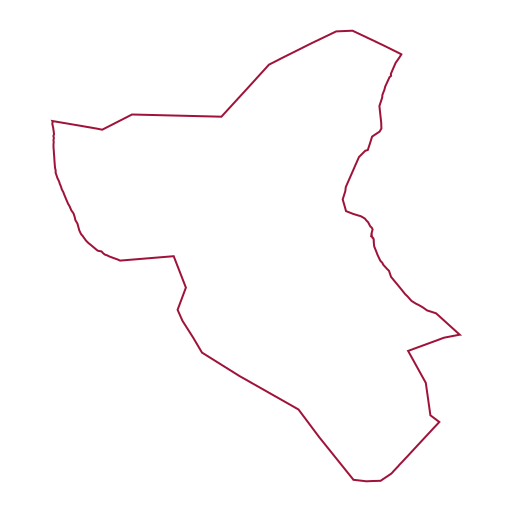 outline of Erdene, Dornogovi, Mongolia
{"feature_id": "93677404B44396439939565", "entity_name": "Erdene", "entity_type": "district", "adm_level": 2, "iso_a3": "MNG", "parent_name": "Mongolia", "parent_adm1": "Dornogovi", "projection": "natural_earth1", "projection_center": [111.283, 44.182], "detail": "fine", "context": "isolated", "style": "outline", "palette": "rose", "viewbox_px": 512, "rotation_deg": 0, "n_neighbors": 0, "source": "geoboundaries", "source_scale": "gbopen_adm2", "svg_char_len": 3178}
<svg xmlns="http://www.w3.org/2000/svg" viewBox="0 0 512 512"><path d="M459.7,334.7L459.0,334.0L458.7,333.8L449.1,325.1L446.8,323.0L436.4,313.6L436.2,313.4L435.4,313.1L430.2,311.4L427.6,310.6L427.2,310.5L422.7,307.3L418.5,304.9L418.1,304.7L416.0,303.7L413.7,302.3L413.2,301.9L412.9,301.8L411.5,300.9L411.3,300.7L409.1,298.2L407.5,296.4L405.3,294.3L397.3,284.4L395.1,281.8L393.6,280.0L393.5,279.9L392.9,279.1L392.0,278.0L391.1,277.0L389.9,273.5L389.0,270.9L388.0,269.8L387.6,269.5L385.3,267.0L383.2,264.7L382.4,262.9L380.3,260.7L377.5,254.8L376.8,252.9L374.2,246.4L373.9,243.6L373.8,242.2L373.8,241.2L373.7,241.1L373.7,240.2L373.8,240.0L373.8,239.9L373.6,239.6L373.6,239.4L373.6,239.2L373.5,238.8L373.4,238.6L373.3,238.4L373.2,238.3L373.2,238.2L372.9,238.1L372.7,238.0L372.7,237.9L372.6,237.7L372.4,237.4L372.4,237.2L372.1,237.0L372.1,236.9L372.0,236.6L371.9,236.5L371.7,236.5L371.5,236.4L371.4,236.4L371.2,236.3L371.1,236.2L371.2,235.9L371.3,235.7L371.5,235.6L371.8,235.4L371.8,235.2L371.7,234.9L371.6,234.7L371.4,234.4L371.4,234.2L371.4,233.9L371.5,233.7L371.6,233.8L371.7,233.7L371.6,233.4L371.6,233.2L371.9,232.1L372.6,229.4L371.8,227.7L370.3,226.4L368.9,223.7L368.1,222.2L366.4,220.5L365.7,219.6L364.9,218.6L362.6,217.2L361.3,216.5L360.8,216.2L358.7,215.6L353.1,213.9L346.0,211.1L345.2,208.1L342.7,199.4L345.3,191.2L345.8,187.0L351.4,174.3L355.1,165.8L359.0,157.0L359.3,156.7L362.5,153.5L365.2,150.8L365.4,150.8L365.5,150.7L367.8,150.0L370.2,142.7L372.1,136.6L374.9,134.7L379.6,131.6L381.4,128.5L381.2,122.7L380.5,116.2L379.6,107.9L379.4,106.0L380.4,103.0L382.1,97.9L382.3,96.4L382.3,96.2L382.4,95.1L382.5,94.6L383.3,92.5L384.2,90.3L384.3,90.0L384.4,89.8L385.2,86.6L389.5,77.2L390.0,76.8L391.1,75.8L390.9,74.7L390.8,74.0L395.6,62.9L399.1,57.9L399.7,57.0L400.9,55.1L401.4,54.5L401.4,54.3L383.3,45.3L352.5,30.7L336.2,31.4L312.2,42.9L282.8,57.6L268.9,64.7L249.2,86.4L221.4,116.7L132.0,114.5L102.2,129.7L96.8,128.6L52.3,121.0L52.7,121.9L52.3,123.8L53.2,127.9L53.9,132.9L54.0,134.5L53.6,135.3L53.4,136.2L53.7,137.1L53.9,137.9L53.6,139.3L53.5,140.4L53.7,142.4L53.5,144.2L53.5,146.2L53.6,149.0L53.8,150.6L53.9,152.8L54.2,156.5L54.5,161.3L54.7,163.9L55.0,167.5L55.7,170.8L55.6,172.7L56.5,175.3L57.4,178.0L58.8,180.9L59.4,182.3L59.7,183.7L60.5,185.4L61.4,187.9L61.8,189.4L63.4,192.3L63.9,193.8L66.0,198.9L68.2,204.0L69.4,205.9L71.3,210.3L73.5,213.4L74.7,217.1L75.4,220.2L77.4,223.5L79.3,230.4L80.6,233.2L81.4,234.6L82.4,235.6L86.0,240.6L88.4,243.0L91.0,245.1L94.1,247.7L96.6,249.8L97.8,250.7L100.6,251.3L101.3,251.3L101.7,251.6L102.9,253.0L104.1,254.0L104.7,254.5L105.5,254.8L107.0,255.3L107.7,255.6L109.4,256.5L114.9,258.5L117.7,259.5L120.1,260.6L173.7,256.2L185.9,287.6L177.6,309.8L182.4,320.7L193.2,337.7L202.0,352.6L239.4,376.0L298.5,409.5L319.3,437.3L353.3,479.6L353.4,479.8L363.1,480.9L364.0,481.0L366.2,481.3L373.2,481.0L380.7,480.8L380.9,480.6L382.8,479.3L391.3,473.6L392.4,472.5L393.5,471.2L398.7,465.7L399.3,464.9L401.4,462.7L401.7,462.4L406.1,457.7L407.1,456.7L414.0,449.2L415.3,447.8L417.8,445.1L428.3,433.8L433.5,428.2L435.7,425.9L439.3,422.0L430.4,415.3L425.8,382.9L408.1,350.9L444.0,337.7L459.6,334.7L459.7,334.7Z" fill="none" stroke="#9f1239" stroke-width="2"/></svg>